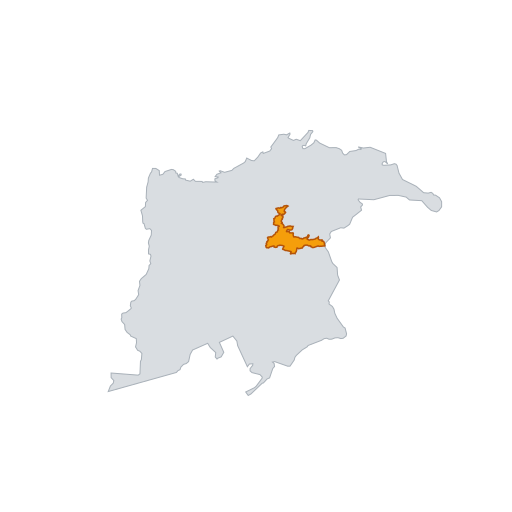 Boyacá on a map of Colombia (Robinson projection), rotated 65°
{"feature_id": "COL-1315", "entity_name": "Boyacá", "entity_type": "Department", "adm_level": 1, "iso_a3": "COL", "parent_name": "Colombia", "parent_adm1": "", "projection": "robinson", "projection_center": [-73.321, 5.85], "detail": "fine", "context": "in_parent", "style": "filled", "palette": "amber", "viewbox_px": 512, "rotation_deg": 65, "n_neighbors": 0, "source": "natural_earth", "source_scale": "10m", "svg_char_len": 9157}
<svg xmlns="http://www.w3.org/2000/svg" viewBox="0 0 512 512"><g transform="rotate(65 256 256)"><path d="M288.8,77.9L284.4,79.9L275.9,82.4L270.1,93.2L266.1,95.0L261.2,101.4L257.6,109.3L254.8,125.4L247.6,139.1L248.2,139.7L251.1,139.1L253.8,137.6L254.8,138.0L255.8,140.4L259.1,141.0L261.7,152.1L266.8,157.7L267.3,159.9L267.9,164.5L266.2,167.3L265.6,177.4L267.2,179.9L271.0,180.9L273.5,187.2L275.1,188.7L277.4,189.7L282.9,188.7L292.8,189.7L295.1,189.6L300.7,187.4L307.8,190.1L313.0,190.5L327.2,209.5L328.6,209.0L330.4,210.1L334.0,208.1L337.1,207.8L341.2,208.8L346.6,208.8L357.3,206.8L358.9,205.7L364.8,206.8L366.6,208.2L367.4,211.8L366.7,214.0L364.7,216.2L363.6,219.0L363.4,222.5L362.3,225.0L360.4,226.7L359.7,229.1L360.1,232.3L359.1,246.6L359.9,247.8L360.6,253.7L363.1,261.4L364.3,263.6L366.4,265.3L370.2,271.7L369.3,273.8L359.6,283.7L359.1,285.9L361.0,285.0L364.0,285.9L365.0,288.3L372.2,295.2L372.1,297.8L374.2,303.0L373.9,304.1L378.9,318.9L379.1,322.0L374.9,322.8L374.7,313.0L374.1,310.9L369.4,302.2L368.4,301.5L365.2,302.5L360.0,308.9L357.6,309.9L355.6,309.0L353.6,305.1L352.3,304.4L351.1,307.7L352.7,310.6L329.5,310.5L325.0,309.3L318.8,310.8L318.8,325.7L329.7,325.9L332.7,330.2L332.5,333.7L332.9,334.9L330.3,335.6L326.5,333.3L319.7,336.1L314.7,336.7L314.4,353.2L317.4,357.3L323.2,361.7L324.0,364.7L323.6,367.5L325.0,371.1L326.9,372.9L326.9,375.1L327.9,377.4L316.4,447.2L312.3,442.9L310.9,439.1L308.8,437.5L305.0,438.7L300.8,436.8L314.2,413.1L313.8,411.0L302.6,405.2L301.5,403.7L296.1,400.6L293.2,401.5L291.5,403.1L287.5,403.6L284.2,401.0L280.3,399.4L275.6,403.4L274.2,403.3L270.8,405.1L267.2,405.7L262.6,404.0L258.8,405.2L256.2,404.9L255.2,403.7L251.9,402.3L251.5,400.7L252.4,397.8L251.0,392.0L250.5,391.0L247.9,390.9L244.9,388.9L244.4,387.6L245.0,385.3L244.4,383.3L241.5,378.7L237.5,377.5L233.6,373.6L229.7,372.3L228.0,369.5L226.3,363.3L222.2,358.5L219.4,356.9L218.5,354.6L215.6,354.3L211.7,351.2L209.9,351.0L208.7,352.5L205.1,350.9L202.0,348.6L198.7,348.0L196.6,346.6L192.8,342.1L188.7,339.9L186.3,340.7L185.5,344.0L184.2,344.6L179.4,343.8L178.7,344.5L177.4,344.3L171.6,341.9L165.9,341.0L164.5,335.4L160.8,333.4L159.7,330.8L157.1,331.1L147.4,326.0L143.3,322.5L139.9,320.6L136.3,316.6L135.7,315.1L132.9,312.8L134.3,309.8L137.7,307.6L142.0,309.3L142.6,305.9L141.0,302.8L141.8,296.0L142.9,294.4L145.3,293.0L146.8,293.6L147.7,292.4L151.3,292.9L152.4,292.5L155.1,289.7L156.3,287.5L157.5,287.7L160.4,284.0L160.0,280.3L162.7,279.4L165.6,273.4L166.8,273.2L167.4,270.3L172.5,260.2L170.6,261.4L168.7,260.7L169.0,257.3L168.4,256.9L166.8,259.5L165.4,256.9L165.8,252.6L163.5,253.4L163.6,252.4L166.9,249.1L168.2,241.7L167.2,239.0L166.5,227.9L165.9,225.8L163.3,223.0L167.5,219.8L169.0,217.4L167.1,212.5L164.6,208.3L164.5,205.8L166.1,206.1L166.7,199.2L165.3,196.5L163.5,196.5L157.9,186.3L155.9,184.2L157.4,179.3L159.1,177.1L158.8,173.4L159.9,173.6L162.3,177.0L163.3,176.4L167.1,173.2L167.2,170.2L170.2,167.1L166.0,156.7L164.5,155.1L166.3,151.7L167.3,151.9L168.9,155.2L171.6,157.3L175.5,163.1L177.2,164.4L176.0,165.7L175.7,167.1L176.3,167.9L178.5,168.1L179.4,166.4L178.8,159.4L177.9,155.8L175.8,153.3L176.5,152.3L180.5,150.6L188.8,143.8L191.7,137.5L193.9,135.2L196.4,133.7L199.4,134.0L201.7,133.2L202.4,131.2L200.9,126.8L202.7,120.8L202.6,117.7L203.8,115.9L203.4,115.2L200.3,117.3L203.5,113.1L205.7,106.6L217.8,95.2L225.7,97.9L228.2,97.7L224.9,99.2L224.4,100.8L225.5,102.6L226.7,103.1L227.8,101.9L230.4,95.3L230.8,91.6L231.9,90.3L233.6,89.9L241.3,91.4L248.6,90.9L260.6,81.3L269.5,77.3L271.8,73.3L272.3,70.4L274.0,69.3L275.7,69.3L276.7,67.6L280.8,65.1L285.2,64.8L289.9,67.0L292.1,71.0L292.4,73.7L288.8,77.9ZM151.4,291.7L150.9,292.2L149.8,291.3L149.5,290.2L150.1,289.3L151.0,289.6L151.4,291.7Z" fill="#d9dde1" stroke="#a8b0b8" stroke-width="1"/><path d="M275.3,189.1L275.9,189.3L275.8,189.9L275.5,190.4L274.8,192.6L274.4,193.4L274.1,194.4L273.7,195.0L273.3,195.2L273.1,195.6L272.7,200.0L272.4,200.8L272.3,201.1L272.0,201.5L271.7,201.6L271.4,201.7L271.2,201.8L270.8,202.2L270.6,202.5L270.4,202.6L270.2,202.6L270.0,202.4L269.9,202.3L269.7,202.5L269.4,202.9L269.4,203.2L269.2,203.8L268.7,204.3L268.0,204.7L267.2,206.2L266.8,207.7L266.8,207.9L266.8,208.1L267.1,208.3L267.3,208.4L267.4,209.0L267.5,209.3L267.6,209.6L267.7,209.9L268.3,210.6L268.3,211.0L268.0,211.6L267.8,212.8L267.3,214.5L266.8,214.7L266.5,214.9L266.3,215.1L266.2,215.3L266.2,215.7L268.1,216.9L268.9,217.6L269.1,218.1L269.5,218.4L269.9,219.2L270.4,219.6L270.1,219.9L270.0,220.0L269.8,220.2L269.7,220.4L269.6,220.8L269.6,221.1L269.5,221.4L269.2,221.7L269.1,221.9L269.0,222.1L268.8,223.7L268.6,223.8L268.4,223.8L268.2,223.6L267.7,223.2L267.4,222.7L267.2,222.4L266.9,222.4L266.7,222.5L266.2,223.1L264.0,225.9L263.6,226.7L263.3,227.2L262.4,227.7L261.3,228.9L260.9,228.9L260.3,228.1L259.9,227.7L259.4,226.9L259.3,226.7L258.9,226.5L258.4,226.9L258.2,227.1L257.9,227.4L257.5,227.8L256.4,229.6L256.2,229.8L256.3,230.6L256.2,230.8L256.0,231.1L255.9,231.6L255.9,231.9L256.0,232.3L256.2,232.7L256.7,233.1L256.9,233.4L256.6,234.0L256.5,234.6L256.3,234.8L256.0,235.2L255.5,235.8L254.8,235.4L254.5,235.5L254.4,235.7L254.0,237.2L254.0,238.2L253.6,239.2L253.6,239.7L254.0,241.0L253.9,241.4L253.6,241.4L253.5,241.5L253.5,241.8L253.4,242.0L253.2,242.5L253.0,242.9L252.7,243.0L251.9,243.1L251.0,242.7L250.6,242.7L250.4,242.3L250.4,241.7L250.2,241.5L250.0,241.4L249.8,241.4L249.6,241.4L249.2,241.5L248.8,241.3L248.7,241.1L248.3,240.3L247.5,240.0L247.5,239.8L247.6,239.4L247.4,239.2L247.1,238.8L246.8,238.3L246.7,238.1L246.1,237.9L244.4,237.9L244.0,237.2L244.0,236.9L244.6,235.5L244.5,234.8L245.3,234.1L245.4,233.8L245.0,233.2L245.0,232.7L245.1,232.3L245.0,232.1L244.5,231.1L244.4,230.5L244.4,229.9L244.1,229.3L244.0,229.1L243.7,228.8L243.2,228.3L243.0,228.1L243.0,227.7L243.1,227.2L243.2,226.9L243.0,226.6L243.0,226.4L242.8,226.3L242.0,225.4L241.8,225.0L241.8,224.7L241.6,224.7L241.5,224.8L241.2,224.8L240.9,224.6L240.5,224.1L240.0,224.2L239.0,223.7L239.0,222.5L238.8,222.4L238.7,222.4L238.4,222.5L237.9,222.9L236.8,224.3L236.8,224.7L236.6,225.2L236.1,225.4L234.8,226.7L233.8,226.1L233.5,226.1L233.2,225.9L233.0,225.7L232.8,225.3L232.8,224.9L231.8,224.9L231.6,224.8L231.2,224.6L230.5,224.2L230.1,224.2L229.8,224.2L229.7,224.1L229.7,223.9L229.7,223.4L229.6,222.8L228.7,221.9L228.4,221.2L228.4,220.7L228.7,220.2L228.9,220.0L228.9,219.7L228.7,219.2L228.6,218.9L228.7,218.5L228.6,218.2L228.5,217.8L228.4,217.6L228.4,217.3L228.4,217.2L228.2,217.0L228.2,216.9L228.1,216.7L227.9,216.4L227.7,216.4L227.4,216.6L226.8,217.2L226.5,217.4L226.3,217.5L225.8,217.7L224.9,217.5L224.6,217.4L224.3,217.2L224.0,217.2L223.8,217.2L223.6,217.4L223.1,217.7L222.0,217.9L221.7,218.0L221.6,217.9L221.4,217.8L221.4,217.6L221.6,217.0L221.8,215.5L222.0,215.2L222.2,214.9L222.5,214.6L222.7,214.4L222.8,214.2L222.5,213.3L222.5,212.9L223.0,212.6L223.1,212.3L223.1,212.2L223.1,211.8L223.1,210.9L223.1,210.6L222.9,210.2L222.6,209.8L222.5,209.6L222.5,209.2L222.6,208.9L222.9,208.4L223.0,207.4L223.3,206.8L223.7,206.3L224.3,205.9L224.4,206.4L224.4,206.6L224.6,207.3L224.8,207.8L225.1,208.8L225.8,210.2L226.3,210.7L226.5,210.9L226.8,211.1L227.0,211.2L227.2,211.3L227.4,211.4L227.5,211.5L227.8,211.4L228.3,210.9L228.6,210.8L228.9,210.7L229.1,210.9L229.3,211.2L229.5,211.9L229.8,212.3L229.9,212.8L229.9,213.2L229.4,214.2L229.3,214.7L229.3,215.1L229.6,215.9L229.9,215.9L230.0,215.9L230.3,215.7L230.6,215.4L230.8,214.9L231.2,214.6L231.7,215.1L232.5,215.3L232.8,215.7L233.0,216.4L233.3,216.4L233.6,216.5L233.8,216.6L234.1,217.4L234.6,218.1L235.3,218.5L235.5,218.5L235.8,218.4L236.3,218.2L236.7,218.1L236.9,218.2L237.1,218.3L237.2,219.0L238.1,218.4L239.4,218.0L240.1,217.9L240.5,217.9L240.9,218.1L241.3,218.3L241.7,218.7L241.9,218.9L242.1,218.7L242.2,218.3L242.2,217.8L242.4,216.6L242.6,215.9L242.6,215.4L242.6,214.9L242.5,214.6L242.6,214.2L243.0,213.5L243.1,212.6L243.3,212.2L244.2,211.4L244.2,211.2L244.9,209.9L245.2,210.3L246.1,210.8L246.9,211.6L247.2,212.1L247.3,212.3L247.3,212.7L247.2,213.2L246.9,214.2L246.6,214.7L246.1,215.0L246.1,215.3L245.6,215.8L245.4,215.9L245.5,216.6L246.3,217.8L246.6,218.0L246.8,218.0L247.1,217.2L247.5,216.7L247.7,216.1L247.8,215.6L248.0,215.5L248.7,215.7L249.2,215.7L250.2,213.9L250.6,212.8L250.9,212.6L251.0,212.6L251.3,212.6L251.8,213.0L252.4,213.4L254.3,213.7L254.6,213.7L254.8,213.5L255.1,212.4L256.7,210.3L256.9,209.9L257.1,209.5L257.7,209.3L258.3,209.1L258.7,208.9L259.0,207.7L259.4,207.5L259.6,207.4L259.9,207.1L260.1,206.8L260.1,206.6L260.1,206.2L260.2,205.7L259.9,205.0L260.3,203.7L260.2,202.8L260.4,201.9L260.3,201.6L260.1,201.2L259.8,200.8L259.1,200.1L259.0,199.7L259.2,199.4L259.6,199.2L259.8,199.2L260.2,199.6L260.9,200.2L261.2,200.7L261.4,201.2L261.8,202.4L262.2,202.5L262.7,202.3L263.5,201.5L263.9,201.3L264.1,201.1L264.2,200.8L264.2,199.5L264.4,199.1L265.1,197.6L265.5,195.8L265.6,194.9L265.3,194.2L265.3,193.8L265.4,193.5L265.5,193.0L265.0,191.4L265.5,191.5L266.6,192.2L267.1,192.3L267.4,192.2L267.8,192.0L268.4,191.4L268.6,191.1L268.8,190.7L269.0,190.1L269.4,189.3L269.8,189.4L270.0,189.9L270.1,190.0L270.3,189.9L270.5,189.8L270.7,189.6L270.8,189.4L270.9,189.2L271.0,188.8L271.1,188.7L271.5,188.5L273.2,188.6L273.7,188.7L274.1,188.9L274.5,189.1L275.3,189.1Z" fill="#f59e0b" stroke="#b45309" stroke-width="1.5"/></g></svg>